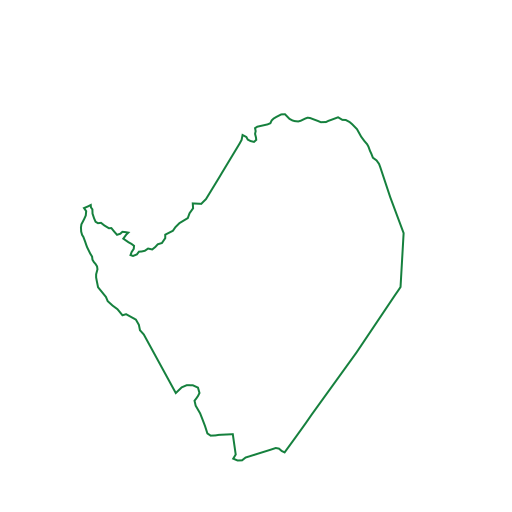 outline of Santa Cruz de Goiás, Goiás, Brazil, rotated 134°
{"feature_id": "56859067B48580128800931", "entity_name": "Santa Cruz de Goiás", "entity_type": "district", "adm_level": 2, "iso_a3": "BRA", "parent_name": "Brazil", "parent_adm1": "Goiás", "projection": "orthographic", "projection_center": [-48.573, -17.387], "detail": "fine", "context": "isolated", "style": "outline", "palette": "green", "viewbox_px": 512, "rotation_deg": 134, "n_neighbors": 0, "source": "geoboundaries", "source_scale": "gbopen_adm2", "svg_char_len": 2231}
<svg xmlns="http://www.w3.org/2000/svg" viewBox="0 0 512 512"><g transform="rotate(134 256 256)"><path d="M341.0,413.0L341.7,409.3L345.1,406.6L348.7,405.3L352.0,404.3L354.5,403.6L357.1,401.7L359.9,398.7L361.6,395.8L362.2,393.4L364.4,388.8L365.9,385.9L367.0,383.6L369.4,377.0L370.3,373.5L372.3,371.0L373.0,368.4L373.2,365.9L373.9,363.1L375.7,360.8L380.2,358.3L382.5,356.1L384.7,353.0L388.2,347.9L389.7,335.5L391.5,331.3L391.3,324.7L390.5,318.7L391.4,310.9L388.1,309.0L385.2,298.2L386.9,292.4L390.0,287.9L390.4,282.2L410.3,218.5L402.1,218.2L397.1,216.1L392.9,211.7L391.0,206.3L393.8,201.5L396.9,200.5L399.9,200.0L402.8,199.7L405.6,195.4L408.0,186.9L410.7,181.0L413.7,174.6L417.4,167.7L416.7,163.8L413.2,160.5L410.5,158.5L400.3,148.9L412.9,132.7L417.6,131.6L415.9,127.2L412.7,124.1L408.2,123.5L385.7,111.2L380.4,108.4L378.6,105.7L378.4,102.0L377.4,99.0L357.4,101.8L341.7,104.1L331.3,105.8L255.5,116.7L187.7,128.8L182.8,129.6L180.5,130.0L177.9,130.5L137.0,165.7L120.4,200.4L105.9,228.1L104.3,231.4L103.5,235.7L104.1,240.2L102.3,244.1L101.2,247.0L99.2,251.1L98.4,253.7L98.0,258.0L97.1,263.3L94.6,271.5L94.4,278.4L94.6,281.7L95.8,285.9L98.1,288.5L99.2,293.3L106.1,296.6L108.5,297.8L111.0,298.7L114.7,302.3L115.9,305.4L118.0,310.2L119.1,312.8L120.6,314.9L122.8,316.0L127.7,317.8L129.9,319.1L132.1,321.9L133.2,324.0L134.1,327.2L133.9,333.6L136.6,336.2L141.9,338.0L144.9,338.8L147.6,338.9L150.5,337.9L153.3,339.1L162.1,344.9L164.7,345.5L166.4,343.0L168.8,341.5L170.8,338.3L172.3,336.5L175.3,336.7L177.1,339.8L178.0,342.8L177.1,345.6L178.3,349.7L182.5,347.0L186.5,345.9L220.6,338.1L223.9,337.3L249.8,331.5L253.9,331.6L256.5,331.6L262.1,338.0L265.4,334.4L271.4,333.5L276.1,331.4L285.5,333.9L291.3,334.0L295.6,333.3L303.7,336.1L306.2,333.7L312.0,332.7L315.8,334.8L319.5,334.7L323.4,335.2L325.6,338.8L329.5,339.6L332.2,341.4L334.2,343.2L337.6,342.8L341.4,344.5L342.5,346.9L339.6,348.2L335.8,348.9L333.4,350.8L333.8,354.0L334.7,357.3L335.7,363.5L330.6,364.2L327.9,364.1L329.3,366.2L331.4,368.9L334.3,369.1L337.3,370.7L336.9,375.4L336.4,379.4L338.2,381.1L339.4,386.4L339.8,390.5L342.2,392.5L342.8,395.2L341.4,398.6L339.1,403.0L336.1,406.1L335.7,408.5L334.1,410.3L337.0,411.3L341.0,413.0Z" fill="none" stroke="#15803d" stroke-width="2"/></g></svg>